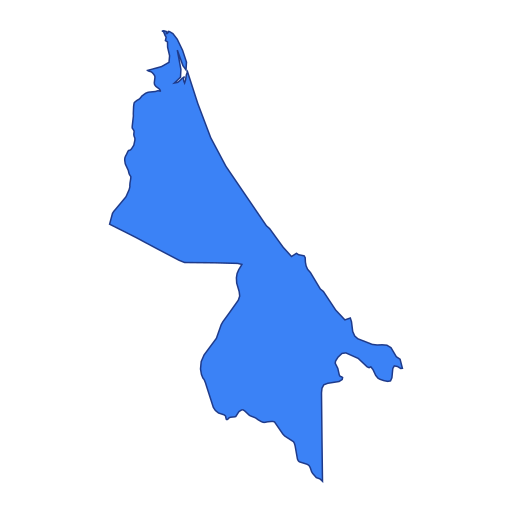 the Province of Limón
{"feature_id": "CRI-1329", "entity_name": "Limón", "entity_type": "Province", "adm_level": 1, "iso_a3": "CRI", "parent_name": "Costa Rica", "parent_adm1": "", "projection": "robinson", "projection_center": [-83.398, 10.004], "detail": "fine", "context": "isolated", "style": "filled", "palette": "blue", "viewbox_px": 512, "rotation_deg": 0, "n_neighbors": 0, "source": "natural_earth", "source_scale": "10m", "svg_char_len": 3668}
<svg xmlns="http://www.w3.org/2000/svg" viewBox="0 0 512 512"><path d="M369.1,367.7L367.1,366.8L358.2,358.4L345.9,352.9L342.0,353.4L338.0,357.2L335.6,361.0L335.2,363.2L337.8,368.4L339.3,375.0L340.2,376.4L341.6,376.8L342.6,377.5L342.2,379.5L339.1,381.5L327.7,383.3L323.8,384.8L322.0,388.2L321.5,392.8L321.7,412.8L322.0,441.8L322.5,481.3L322.3,481.1L320.4,479.3L319.7,478.8L316.3,477.6L312.7,473.5L311.6,471.7L310.2,467.6L309.1,465.6L308.2,464.9L306.9,464.2L299.6,461.9L299.0,461.5L298.4,460.9L297.7,459.7L297.4,458.8L295.1,445.8L294.4,443.4L293.9,442.4L293.6,441.9L293.2,441.5L292.7,441.2L285.1,436.3L284.3,435.6L282.8,434.0L274.5,421.9L273.5,421.6L272.2,421.4L267.6,421.8L264.7,422.4L263.9,422.4L262.8,422.2L261.3,421.6L258.0,419.7L256.0,418.2L254.9,417.6L251.0,416.1L249.9,415.6L249.4,415.3L249.0,415.0L245.0,411.2L244.1,410.5L243.1,409.9L242.4,409.8L241.5,410.0L239.9,411.0L239.1,411.5L238.6,412.1L236.1,416.0L235.8,416.5L234.9,416.8L230.9,417.2L229.7,417.5L228.9,418.0L228.2,418.8L227.8,419.2L227.3,419.5L226.8,419.6L226.3,419.3L225.8,417.5L225.7,416.7L225.5,416.0L224.7,415.3L224.0,414.8L218.5,413.0L215.9,410.9L215.1,410.1L213.3,407.3L206.3,385.5L205.5,382.9L204.2,379.7L203.7,379.0L203.0,378.2L202.7,377.6L201.4,374.3L200.9,371.3L200.5,369.0L201.2,361.6L204.1,354.9L216.4,338.3L221.2,324.7L222.9,321.7L229.3,312.9L238.3,300.2L239.7,296.1L239.2,291.7L236.7,283.1L236.4,277.8L237.1,273.5L238.8,269.6L241.4,265.3L241.9,264.4L237.7,263.4L215.2,262.8L184.6,262.5L179.1,260.3L158.3,249.4L145.5,242.6L136.2,237.6L109.6,224.2L112.5,213.3L113.9,211.2L115.8,209.0L125.8,197.0L126.4,195.9L129.1,189.7L129.6,187.9L129.9,186.6L129.8,185.9L130.0,183.0L130.6,179.5L130.8,177.8L130.8,176.6L130.5,176.1L129.9,175.2L129.3,174.2L128.9,173.0L128.3,170.4L125.5,164.4L125.2,163.5L124.7,160.0L124.8,158.6L125.0,157.5L125.7,155.8L126.3,154.8L128.0,151.2L128.5,150.6L129.0,150.3L129.5,150.3L130.1,150.1L130.6,149.8L131.0,149.4L131.8,148.4L133.8,145.2L134.9,140.1L134.9,138.9L134.9,138.2L134.0,135.9L133.9,135.1L133.8,134.3L134.0,132.3L134.1,131.6L134.0,130.9L133.7,130.3L133.4,129.8L132.8,128.9L132.4,128.4L132.2,127.8L132.2,126.4L133.4,116.0L133.3,113.8L133.6,106.4L133.9,104.2L134.2,102.8L134.5,102.4L135.4,101.6L137.1,100.3L139.2,99.1L140.0,98.4L142.1,95.8L145.7,93.2L148.0,92.3L149.2,92.1L155.4,91.5L157.6,90.8L158.4,90.8L159.2,90.9L160.2,91.2L160.4,91.0L160.3,90.6L159.9,89.8L159.4,89.1L158.6,88.4L156.8,87.1L155.9,86.4L155.2,85.5L154.6,84.6L154.4,83.8L154.3,82.6L154.9,77.8L154.9,76.9L154.8,76.1L154.2,75.0L153.4,73.9L152.3,72.7L151.8,72.3L151.3,71.9L150.7,71.7L148.2,70.9L147.6,70.4L161.5,66.6L169.0,62.3L169.6,55.8L167.6,47.2L167.5,41.9L165.4,40.6L166.1,37.4L165.6,36.0L165.2,35.8L163.5,31.5L161.9,31.1L163.9,30.7L165.0,31.3L165.7,31.2L166.9,31.9L166.9,32.3L166.3,32.8L166.3,33.6L167.2,33.5L168.3,32.3L168.5,31.4L169.5,31.6L172.9,33.6L177.2,39.2L182.6,50.4L186.5,62.2L186.0,69.9L182.9,65.6L177.3,50.1L180.9,69.4L180.5,77.2L174.4,83.0L177.6,82.4L179.8,80.7L181.9,78.6L184.6,76.6L183.7,77.8L183.5,79.3L183.8,81.1L184.6,83.0L185.5,80.2L186.4,74.7L187.5,71.7L197.8,103.6L210.7,137.7L225.9,166.3L266.4,225.8L269.6,228.6L283.1,247.2L291.5,256.5L296.5,253.3L298.5,254.7L304.1,255.8L305.2,257.7L305.4,262.2L306.1,265.9L307.6,269.3L310.4,272.5L320.3,289.0L323.4,291.5L335.7,310.1L344.9,319.9L350.3,318.0L351.5,321.8L352.7,331.5L354.7,336.0L357.9,338.8L372.2,344.4L377.2,345.0L382.2,344.8L386.9,345.2L391.0,347.7L396.3,356.7L399.9,359.1L400.1,359.3L402.4,368.3L400.7,368.5L397.5,366.5L394.3,365.9L392.8,368.5L391.9,377.8L390.5,380.9L387.7,381.4L383.8,380.6L380.0,379.3L378.0,378.2L375.7,375.4L373.0,369.6L370.8,366.8L369.1,367.7Z" fill="#3b82f6" stroke="#1e3a8a" stroke-width="1.5"/></svg>